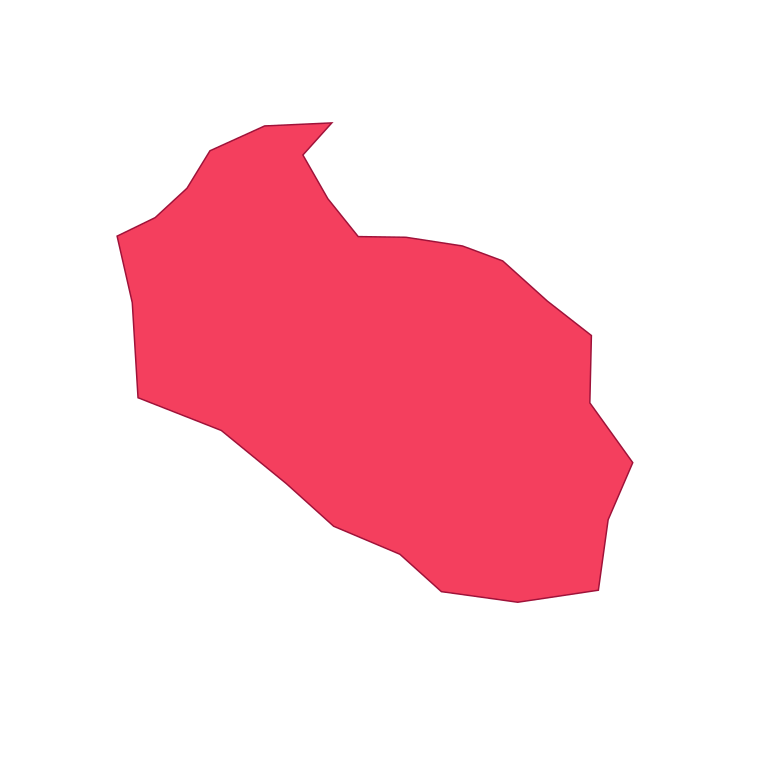 the district of Agrokipia, Nicosia, Cyprus, rotated 312°
{"feature_id": "46923920B48928942173959", "entity_name": "Agrokipia", "entity_type": "district", "adm_level": 2, "iso_a3": "CYP", "parent_name": "Cyprus", "parent_adm1": "Nicosia", "projection": "natural_earth1", "projection_center": [33.155, 35.046], "detail": "fine", "context": "isolated", "style": "filled", "palette": "rose", "viewbox_px": 768, "rotation_deg": 312, "n_neighbors": 0, "source": "geoboundaries", "source_scale": "gbopen_adm2", "svg_char_len": 493}
<svg xmlns="http://www.w3.org/2000/svg" viewBox="0 0 768 768"><g transform="rotate(312 384 384)"><path d="M558.8,505.7L554.9,449.8L554.9,389.9L539.1,350.0L507.7,302.1L476.3,266.2L484.1,218.3L499.9,170.5L543.1,170.5L495.9,122.6L440.9,98.6L397.7,106.6L354.5,102.6L315.3,86.7L276.0,142.5L209.2,210.4L240.6,294.2L244.6,378.0L244.6,441.8L268.1,509.7L268.1,565.6L311.3,629.4L374.2,681.3L433.1,641.4L492.0,621.5L507.7,549.6L558.8,505.7Z" fill="#f43f5e" stroke="#9f1239" stroke-width="1.5"/></g></svg>